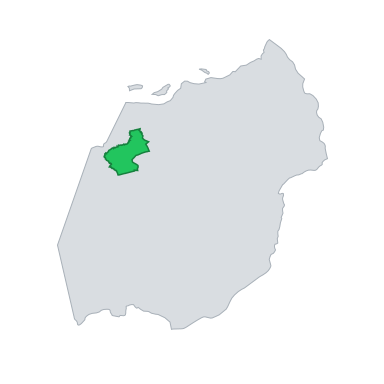 Simanjiro, Manyara, United Republic of Tanzania shown in context, rotated 257°
{"feature_id": "72390352B2790991966076", "entity_name": "Simanjiro", "entity_type": "district", "adm_level": 2, "iso_a3": "TZA", "parent_name": "United Republic of Tanzania", "parent_adm1": "Manyara", "projection": "robinson", "projection_center": [37.302, -4.321], "detail": "fine", "context": "in_parent", "style": "filled", "palette": "green", "viewbox_px": 384, "rotation_deg": 257, "n_neighbors": 0, "source": "geoboundaries", "source_scale": "gbopen_adm2", "svg_char_len": 8223}
<svg xmlns="http://www.w3.org/2000/svg" viewBox="0 0 384 384"><g transform="rotate(257 192 192)"><path d="M145.9,273.5L142.1,271.2L138.6,269.8L135.8,268.3L134.5,266.8L131.8,266.2L129.5,266.0L127.4,264.6L123.0,264.1L122.5,263.1L122.4,261.1L121.6,260.5L120.0,260.0L118.3,260.0L117.2,260.3L116.6,260.2L115.2,259.0L113.9,257.4L113.4,255.0L111.3,253.4L109.0,252.1L102.6,252.3L101.6,251.9L100.0,250.6L98.2,248.6L96.8,246.2L95.5,243.0L94.2,238.7L86.7,221.5L85.9,218.3L84.5,214.6L82.1,210.2L79.6,206.9L76.2,204.0L72.3,201.0L70.2,199.0L66.2,190.9L65.4,187.1L64.7,183.2L65.0,181.6L67.5,176.5L67.7,175.1L67.4,173.2L66.2,169.1L64.6,164.3L61.4,155.4L60.9,153.1L61.0,151.4L62.8,142.4L62.8,141.1L70.2,141.3L75.6,137.3L80.3,131.4L81.2,128.9L83.1,125.1L85.0,123.2L85.7,121.9L86.8,118.1L89.3,115.5L91.7,113.6L91.2,112.2L91.5,111.7L92.9,110.7L95.4,109.7L95.9,107.8L95.9,105.5L95.5,104.2L95.6,102.8L95.2,102.0L93.5,101.8L91.0,100.7L88.9,100.2L87.5,99.5L87.0,99.0L86.8,97.7L87.9,94.2L86.8,92.8L89.3,87.1L89.8,86.4L90.7,86.3L92.2,85.7L93.6,85.4L94.7,85.6L95.5,85.4L96.3,84.7L96.9,82.8L97.4,79.5L97.1,76.9L96.0,74.8L95.7,71.7L96.2,67.5L95.9,64.0L94.7,61.2L93.5,59.6L91.6,58.8L88.7,54.6L87.8,52.5L87.9,51.2L88.9,50.7L90.8,50.9L92.5,50.4L94.2,49.2L95.8,48.9L96.6,49.0L170.5,49.0L256.9,103.6L257.3,104.3L258.0,109.0L257.8,110.6L256.5,113.3L256.1,114.7L256.1,115.7L256.4,116.1L257.5,116.2L258.5,116.8L258.9,117.3L259.6,119.4L260.5,120.4L293.4,147.2L294.1,147.6L293.6,149.8L291.8,155.3L291.7,157.5L290.9,160.2L290.2,162.0L288.3,169.6L286.8,172.5L284.6,179.2L284.2,184.4L285.4,188.0L285.9,191.4L288.4,194.7L290.4,195.8L291.8,197.4L294.2,200.8L295.6,204.3L299.9,206.0L301.7,209.8L301.0,212.5L299.0,214.7L297.1,218.3L295.6,223.0L295.5,230.2L296.6,229.1L298.9,230.9L299.2,236.2L296.8,242.4L296.0,245.3L295.9,247.8L297.6,255.2L300.2,258.9L300.0,260.1L299.4,261.1L303.8,267.8L303.4,273.5L305.1,278.1L305.8,282.0L306.9,285.0L307.1,287.0L305.8,289.3L309.0,289.9L310.9,291.8L311.8,293.6L314.2,293.5L315.4,294.7L317.3,295.7L321.3,298.8L322.4,300.3L323.1,301.7L311.9,311.2L307.9,313.7L305.0,314.8L301.9,315.4L299.0,316.9L296.2,319.3L292.7,320.5L288.4,320.5L283.9,322.1L276.8,327.1L272.6,324.3L269.4,323.5L265.6,323.6L263.4,323.9L262.6,324.5L261.8,326.1L261.2,328.9L258.8,331.5L254.5,334.0L250.5,335.0L246.9,334.4L244.5,333.3L243.2,331.8L241.3,331.2L238.8,331.3L236.4,332.3L234.2,334.3L230.5,335.1L225.5,334.9L222.8,333.9L222.5,332.3L220.3,330.4L216.3,328.2L213.3,328.1L211.4,330.2L209.7,331.6L208.1,332.1L206.7,332.2L204.7,331.6L199.2,331.4L194.0,331.5L193.4,328.4L192.3,326.5L191.4,325.4L189.6,325.1L189.1,324.3L188.5,322.4L187.6,320.8L186.4,319.4L185.7,318.2L185.4,317.0L185.6,315.8L186.7,312.6L187.1,310.5L186.9,308.3L186.3,306.0L185.1,303.3L185.2,302.6L184.8,300.7L184.7,299.5L185.0,297.9L184.7,295.8L183.7,291.3L183.7,290.1L182.5,288.0L179.0,282.8L178.9,282.1L173.4,277.0L171.2,275.8L170.4,276.8L170.1,277.7L170.4,279.4L170.2,280.2L170.0,280.6L168.7,280.5L167.9,280.3L165.8,278.9L164.2,278.6L160.2,278.8L158.8,279.2L157.7,278.8L155.6,276.5L153.1,276.0L150.9,275.9L147.2,273.2L145.9,273.5ZM300.5,187.2L302.3,192.9L302.1,193.9L300.8,194.6L300.2,194.6L299.4,193.7L298.8,191.8L297.8,192.3L296.2,190.0L294.6,189.8L293.1,187.1L293.7,184.7L293.4,180.7L295.1,178.6L296.1,175.1L297.3,177.5L297.5,181.2L299.0,185.6L300.5,187.2ZM309.2,153.3L309.4,154.6L309.0,155.9L309.1,159.9L309.0,162.6L307.6,166.3L306.5,167.7L305.5,167.3L304.7,166.7L304.1,165.6L305.4,158.8L304.7,153.9L307.3,154.3L309.2,153.3ZM305.5,235.3L304.2,235.7L303.7,235.3L303.0,234.2L304.3,233.3L305.6,231.4L308.7,228.7L310.1,226.5L309.9,228.7L308.2,233.3L306.7,233.6L305.5,235.3Z" fill="#d9dde1" stroke="#a8b0b8" stroke-width="1"/><path d="M235.0,117.1L235.0,117.4L234.8,117.8L234.5,118.1L234.7,118.7L234.5,118.8L234.4,118.8L234.3,118.7L234.1,118.6L233.9,118.7L233.8,118.8L233.8,119.0L233.7,119.2L233.5,119.4L233.4,119.3L233.1,119.3L233.1,119.5L232.8,119.7L232.8,120.0L232.7,120.3L232.6,120.6L232.4,120.7L232.4,120.8L232.2,120.8L231.9,121.1L231.8,121.3L231.7,121.4L231.4,121.5L231.2,121.3L231.0,121.5L230.8,121.7L230.8,121.8L230.6,122.1L230.3,122.2L230.2,122.4L229.8,122.7L229.7,122.9L229.8,123.1L229.5,123.2L228.1,123.4L227.5,123.6L225.2,123.8L225.1,124.9L225.0,125.3L225.1,126.3L225.1,127.5L225.2,128.3L225.2,129.8L225.2,130.1L225.2,131.1L225.1,131.3L225.2,132.0L225.2,132.4L225.2,133.0L225.2,133.6L225.3,135.6L225.4,140.5L226.3,140.7L226.2,140.9L226.0,141.5L225.7,141.9L225.9,142.0L225.9,142.4L225.5,143.0L225.2,143.9L226.0,143.9L226.4,144.0L226.6,144.1L226.9,144.2L227.4,144.1L227.5,144.3L227.6,144.5L228.3,145.0L228.5,145.1L228.8,145.0L229.1,145.2L230.0,145.3L231.3,144.2L232.5,142.9L233.1,142.2L234.4,140.8L236.9,140.8L238.0,142.3L238.5,143.2L240.3,145.7L240.3,147.7L240.4,148.0L240.8,150.2L241.1,151.5L241.3,153.4L241.4,154.6L241.5,156.0L241.4,157.3L241.4,158.1L241.5,158.9L241.4,159.5L245.6,158.8L247.3,158.3L249.0,157.7L250.7,161.0L253.1,157.7L253.3,157.4L255.5,155.9L255.8,155.9L256.6,156.2L257.7,156.8L257.9,156.8L259.1,156.2L259.8,156.0L260.3,156.4L260.4,156.6L260.5,156.6L260.7,156.4L261.0,156.4L261.2,156.1L261.3,156.1L261.2,156.0L261.3,155.8L261.3,155.7L261.5,155.6L261.5,155.4L261.7,155.2L262.1,155.3L262.2,155.2L262.7,155.1L262.8,155.2L263.0,155.1L263.1,154.9L263.3,154.9L263.5,154.9L263.7,154.7L263.7,154.8L263.8,154.9L264.0,154.8L264.3,154.9L264.3,155.0L264.5,155.3L264.8,155.5L265.1,155.5L265.3,155.6L265.2,153.6L265.3,152.2L265.2,151.4L265.3,149.9L265.2,149.6L265.0,149.4L264.9,149.2L265.2,148.0L265.2,147.0L265.3,145.4L265.2,145.4L265.1,145.2L264.9,145.2L264.5,145.0L264.4,145.0L263.9,145.1L263.8,144.8L263.9,144.7L263.7,144.4L263.6,144.5L263.4,144.5L263.2,144.7L262.9,144.7L262.7,144.5L262.3,144.7L262.2,144.6L261.8,144.6L261.6,144.3L261.5,144.5L261.4,144.5L261.2,144.5L261.0,144.8L260.8,145.0L260.7,145.0L260.4,145.3L260.3,145.2L260.2,145.3L260.1,145.2L260.0,145.3L260.0,145.2L259.9,145.2L259.7,145.0L259.6,145.3L259.3,144.9L259.2,144.6L259.0,144.4L258.7,144.5L258.7,144.3L258.6,144.1L258.4,144.0L258.4,143.9L258.2,143.9L258.0,143.6L257.9,143.3L257.6,143.2L257.4,143.0L257.2,142.9L256.9,142.8L256.6,143.0L256.5,142.8L256.4,142.9L256.4,142.7L256.3,142.8L256.3,142.5L256.0,142.5L255.9,142.3L255.7,142.3L255.7,142.2L255.5,141.9L255.2,141.8L255.2,141.6L254.8,141.6L254.7,141.5L254.7,141.3L254.5,141.2L254.4,141.2L254.2,140.9L254.1,140.7L253.9,140.5L253.7,140.1L253.8,140.1L253.7,140.0L253.7,139.9L253.5,139.7L253.3,139.2L253.4,138.9L253.3,138.5L253.4,138.4L253.5,138.4L253.6,138.2L253.6,137.9L253.4,137.6L253.4,137.3L253.5,137.3L253.6,137.1L253.7,136.9L253.8,136.7L253.7,136.6L253.8,136.5L253.8,136.4L253.7,136.4L253.8,136.3L253.6,136.2L253.6,135.9L253.6,135.5L253.5,135.3L253.4,135.0L253.4,134.8L253.5,134.7L253.4,134.3L253.6,133.9L253.4,133.7L253.7,133.3L253.7,133.2L253.7,132.9L253.8,132.8L253.9,132.6L253.8,132.3L253.8,131.9L253.7,131.7L253.7,131.3L253.8,131.2L253.7,131.2L253.6,130.7L253.3,130.4L253.4,130.2L253.3,129.7L253.2,129.7L253.3,129.6L253.2,129.6L252.8,129.3L252.9,129.2L252.9,128.9L252.7,128.5L252.7,128.4L252.7,128.2L252.6,127.9L252.6,127.7L252.7,127.3L252.5,127.2L252.8,126.8L252.7,126.6L252.6,126.4L252.7,126.1L252.4,126.1L252.4,125.8L252.5,125.7L252.4,125.6L252.5,125.6L252.4,125.5L252.4,125.4L252.5,125.4L252.5,125.2L252.5,124.8L252.6,124.5L252.8,124.4L252.8,124.2L252.6,123.8L252.2,123.2L251.8,122.4L251.9,122.2L251.6,121.7L251.4,121.1L251.4,120.6L251.2,120.3L251.0,120.1L250.6,119.9L250.5,119.7L250.4,119.7L250.1,119.5L249.9,119.3L249.7,118.8L249.7,118.6L249.5,118.4L249.5,118.2L249.4,118.0L249.1,117.7L249.1,117.4L249.0,117.1L248.9,117.1L249.0,117.0L248.9,117.0L248.9,116.9L248.9,117.0L248.9,116.8L248.8,116.7L248.9,116.1L249.0,116.1L248.8,115.7L248.7,115.6L248.3,115.5L247.9,115.6L247.6,115.5L247.4,115.4L247.1,115.4L247.1,115.2L246.9,114.8L246.8,114.6L246.5,114.5L246.3,114.4L246.1,114.6L245.9,114.5L245.7,114.4L245.6,114.5L245.3,114.9L245.0,115.3L244.7,115.2L244.4,115.2L244.1,115.1L244.1,115.3L243.8,115.4L243.6,115.4L243.4,115.4L243.2,115.5L242.8,115.7L242.4,115.7L242.2,115.8L242.1,116.0L241.8,116.3L241.3,116.8L241.2,117.0L241.0,117.3L240.9,117.6L240.0,117.6L239.9,117.6L239.2,118.3L239.0,117.9L238.5,118.0L238.3,118.5L237.9,119.7L237.1,119.8L237.0,119.6L236.3,118.4L235.4,117.3L235.0,117.1Z" fill="#22c55e" stroke="#15803d" stroke-width="1.5"/></g></svg>